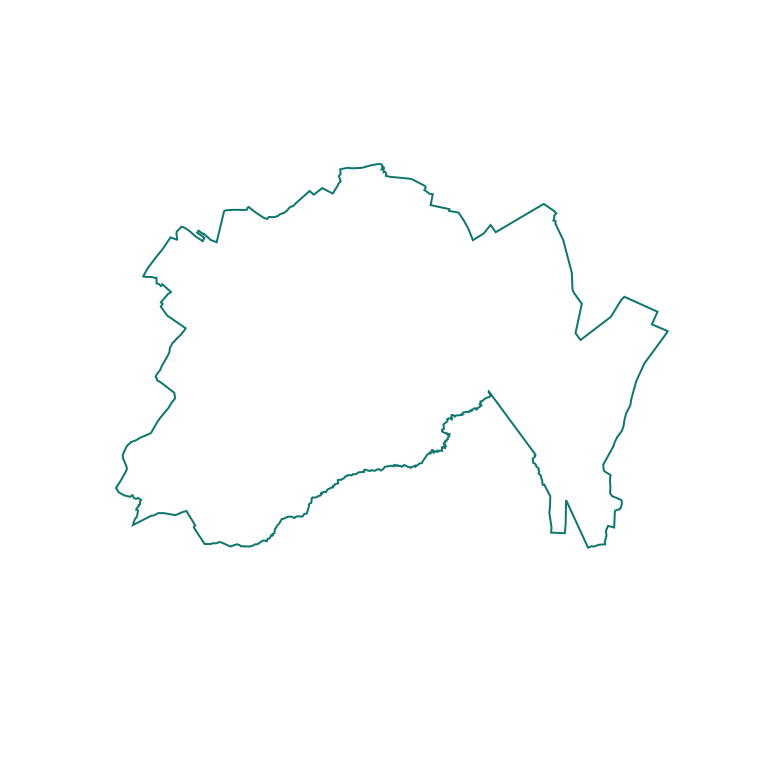 Tasnad, Satu Mare, Romania (Mercator projection), rotated 73°
{"feature_id": "2599482B32783786094013", "entity_name": "Tasnad", "entity_type": "district", "adm_level": 2, "iso_a3": "ROU", "parent_name": "Romania", "parent_adm1": "Satu Mare", "projection": "mercator", "projection_center": [22.612, 47.484], "detail": "fine", "context": "isolated", "style": "outline", "palette": "teal", "viewbox_px": 768, "rotation_deg": 73, "n_neighbors": 0, "source": "geoboundaries", "source_scale": "gbopen_adm2", "svg_char_len": 6163}
<svg xmlns="http://www.w3.org/2000/svg" viewBox="0 0 768 768"><g transform="rotate(73 384 384)"><path d="M575.0,267.6L579.5,254.7L571.1,251.3L548.3,243.8L600.2,236.7L599.8,232.9L600.6,231.5L600.8,229.1L600.5,226.0L601.7,220.2L602.1,219.4L598.6,218.5L594.2,215.6L589.9,214.9L588.0,213.6L585.2,211.2L588.5,205.8L573.1,200.4L572.6,199.1L572.7,196.0L572.0,194.8L572.3,194.3L568.1,191.5L564.4,190.9L557.9,198.6L555.1,199.5L553.9,199.6L549.3,197.7L542.0,196.1L537.3,194.0L531.8,198.8L530.0,199.0L525.2,197.9L511.0,183.2L507.0,180.3L502.8,176.3L498.5,170.4L494.1,167.1L488.5,164.5L482.9,161.0L476.3,154.6L470.9,152.0L455.1,142.0L440.3,128.8L418.3,99.3L416.3,97.3L405.3,110.4L394.9,101.3L370.9,128.6L373.3,133.0L386.1,147.4L399.4,183.2L391.4,186.0L365.2,171.4L352.7,175.6L349.1,176.2L332.7,171.9L298.8,170.5L281.0,173.2L278.3,172.3L277.2,174.2L275.0,172.6L272.9,172.1L271.1,169.3L268.3,170.7L258.5,178.6L271.5,232.8L263.1,235.6L269.3,244.8L272.4,256.9L260.0,258.0L251.4,259.8L241.9,262.6L237.5,271.1L235.9,270.3L226.6,287.1L216.8,281.9L215.3,284.9L210.2,288.7L208.3,286.6L206.5,287.0L196.5,297.2L195.0,299.8L187.7,317.5L185.6,321.3L185.0,321.9L185.2,321.5L184.6,320.7L182.4,320.5L181.4,321.1L181.3,322.4L180.7,321.9L178.9,322.0L178.1,323.6L177.8,323.1L177.9,321.1L177.1,320.8L176.6,321.0L175.8,322.4L174.8,321.7L173.4,322.2L172.4,323.4L172.0,324.8L171.1,332.0L170.8,342.3L168.4,351.4L166.5,356.0L165.9,363.1L170.6,364.1L171.6,366.0L172.2,366.3L177.5,366.2L179.2,369.1L180.2,369.7L186.9,377.3L178.6,385.8L182.4,395.7L177.7,398.8L185.2,415.1L187.0,418.2L187.3,419.4L187.3,422.1L189.7,425.9L191.2,429.4L191.2,433.6L192.2,436.0L192.4,439.0L191.9,441.8L190.6,445.2L192.0,447.6L190.0,450.4L181.4,457.4L175.2,461.6L175.8,463.2L177.2,463.9L177.3,464.8L173.5,476.7L171.6,484.5L172.0,486.4L199.5,502.6L195.7,507.5L187.6,512.4L187.9,513.0L183.2,516.5L184.6,518.4L191.8,513.0L194.4,515.6L187.2,521.5L181.7,524.7L177.1,528.2L174.5,531.2L174.6,532.1L177.7,537.7L179.4,538.5L185.4,539.5L185.4,540.0L181.4,545.3L190.7,556.8L196.4,565.4L204.5,576.5L210.7,582.8L211.3,582.1L214.0,574.3L216.0,571.4L216.0,570.6L221.3,572.0L223.0,569.6L225.1,568.8L224.7,567.2L223.9,566.8L232.9,561.3L233.9,560.9L234.7,564.0L240.6,573.5L242.7,572.2L244.8,574.9L255.3,571.2L272.7,557.4L274.5,559.4L276.4,562.5L277.2,563.1L280.3,569.7L281.4,570.9L282.8,574.1L287.0,578.3L290.4,579.7L292.9,581.7L301.9,591.3L305.4,594.2L308.3,598.5L310.5,600.3L311.7,599.7L314.3,599.8L316.7,597.4L331.1,587.1L336.7,588.0L339.6,592.3L343.8,597.0L351.0,608.0L354.3,612.2L362.3,620.6L363.0,622.3L364.1,632.9L365.4,638.0L365.5,643.0L366.9,645.2L367.4,646.9L369.0,648.9L374.7,654.0L376.4,654.9L379.1,655.2L388.2,654.4L390.2,654.8L392.7,656.9L399.7,664.3L405.1,670.7L410.1,669.4L414.7,664.8L417.7,659.6L416.9,657.8L416.9,656.9L419.4,656.7L420.3,656.2L421.3,654.8L421.1,652.4L424.0,650.2L425.4,652.0L426.4,651.8L427.6,652.4L427.9,654.0L429.0,654.1L430.8,657.2L431.6,657.5L431.5,657.1L433.1,656.2L437.3,658.3L439.3,659.8L440.3,661.7L445.5,665.4L441.9,645.0L442.4,642.0L441.6,638.9L441.6,637.1L443.2,632.1L448.0,622.7L448.4,620.8L447.6,614.4L447.7,610.1L464.0,605.9L465.1,607.7L466.5,607.6L484.6,602.3L486.4,596.4L486.2,594.2L487.1,591.8L487.3,589.8L487.0,588.6L487.3,586.7L494.5,578.3L494.2,571.7L495.7,569.3L497.6,568.0L497.6,566.8L498.6,565.0L498.7,563.9L500.1,560.2L500.2,556.5L499.6,554.4L500.1,552.5L500.0,551.0L498.4,546.0L498.5,544.5L500.1,542.0L498.0,540.4L498.2,538.3L495.8,536.4L496.5,535.4L496.3,534.6L494.8,534.5L494.6,532.4L492.2,531.5L490.3,530.1L489.9,529.1L488.4,528.0L486.8,525.0L483.2,521.2L483.5,519.3L483.0,516.6L483.0,513.9L483.8,511.2L486.0,508.8L485.4,507.8L485.1,505.5L486.7,501.8L486.6,500.2L484.9,498.1L485.4,495.8L480.3,492.3L477.4,490.9L476.6,490.2L476.5,488.5L476.1,488.1L472.1,486.5L471.6,485.5L472.1,484.8L472.5,482.0L472.3,480.3L471.9,479.9L472.1,477.6L471.9,477.0L470.7,476.6L470.9,475.3L470.2,474.7L469.7,475.0L469.9,472.2L470.3,470.9L468.5,469.2L467.7,464.5L467.9,463.0L466.4,462.4L466.6,461.3L465.4,459.8L465.6,456.9L462.4,456.3L462.6,454.3L463.2,452.8L462.7,451.9L462.6,450.2L461.1,448.0L461.3,446.5L460.6,445.7L461.0,444.3L460.9,443.7L462.0,441.7L461.1,439.8L461.9,438.2L461.9,436.5L461.0,434.5L462.2,428.8L460.6,428.2L460.3,427.3L463.0,423.2L462.7,421.3L463.6,420.0L464.3,417.6L463.8,416.1L463.8,414.2L464.6,413.0L465.7,412.5L465.9,411.7L464.9,409.4L463.4,407.4L464.4,400.7L465.5,398.8L464.6,398.4L464.4,397.4L464.7,396.8L465.9,396.5L465.7,394.6L466.7,394.3L466.9,392.6L468.2,391.6L467.8,390.6L468.1,390.0L467.3,388.4L470.5,385.1L471.3,383.8L471.2,383.1L471.9,382.7L471.2,379.2L472.1,378.5L471.2,377.7L471.5,377.2L472.0,377.4L470.4,373.1L470.7,370.8L469.2,369.6L463.9,362.8L463.9,361.6L463.5,361.0L463.9,360.1L462.9,359.9L463.4,359.0L462.9,358.6L463.1,357.4L461.7,357.9L461.2,357.4L462.1,356.0L464.2,356.1L463.6,354.6L464.1,353.4L463.4,352.7L464.6,352.1L463.9,350.5L464.9,347.9L461.6,347.2L461.8,346.4L461.3,345.4L462.8,345.0L463.1,344.3L462.1,343.8L461.7,343.1L459.7,343.4L459.0,344.3L458.2,344.2L457.8,342.7L456.2,341.9L456.6,340.8L455.8,340.3L455.5,339.3L454.5,339.1L454.2,338.2L453.4,337.8L452.9,336.8L451.0,336.0L451.0,337.1L450.3,337.5L450.8,338.2L449.2,338.7L449.2,339.4L446.8,342.1L446.1,342.4L444.5,341.7L444.8,340.4L444.4,339.8L440.0,338.9L438.2,334.5L437.8,334.0L436.2,334.0L436.2,333.0L435.7,332.4L436.5,330.3L437.7,329.6L436.7,329.0L434.9,329.3L433.4,328.2L434.6,326.2L435.8,326.1L435.2,324.2L436.2,319.5L436.2,317.7L435.4,318.3L434.4,316.5L434.4,315.4L434.9,314.4L434.7,312.9L435.7,310.9L434.8,310.0L434.7,309.1L435.2,308.6L434.7,308.3L435.1,307.8L434.3,307.3L434.4,306.4L433.7,305.4L434.2,303.0L435.4,303.2L435.3,302.4L434.4,301.3L433.8,298.9L432.5,298.1L433.3,297.5L433.2,297.1L432.0,297.2L431.2,298.3L429.8,296.8L428.9,296.8L428.9,294.4L427.8,292.7L427.1,289.3L427.3,287.3L426.4,285.3L421.4,286.5L421.8,286.3L421.6,286.0L428.0,283.7L495.9,259.8L496.3,260.7L497.2,260.5L497.8,261.2L498.8,263.7L503.2,264.3L504.1,263.0L506.0,262.3L507.3,262.5L510.0,260.8L511.3,261.3L513.0,261.1L514.9,262.3L517.2,260.8L520.0,261.2L522.0,260.8L526.0,261.7L527.0,261.5L527.0,260.2L539.9,257.8L549.6,261.0L555.3,263.5L569.9,265.7L575.0,267.6Z" fill="none" stroke="#0f766e" stroke-width="2"/></g></svg>